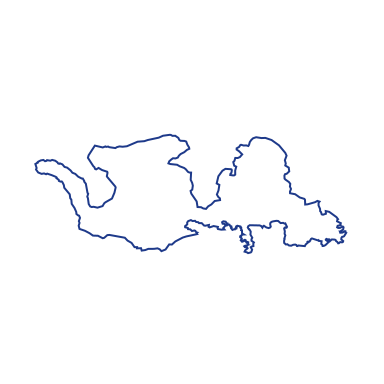 outline of Chato, Geita, United Republic of Tanzania, rotated 101°
{"feature_id": "72390352B63706364179884", "entity_name": "Chato", "entity_type": "district", "adm_level": 2, "iso_a3": "TZA", "parent_name": "United Republic of Tanzania", "parent_adm1": "Geita", "projection": "robinson", "projection_center": [31.727, -2.845], "detail": "fine", "context": "isolated", "style": "outline", "palette": "blue", "viewbox_px": 384, "rotation_deg": 101, "n_neighbors": 0, "source": "geoboundaries", "source_scale": "gbopen_adm2", "svg_char_len": 6044}
<svg xmlns="http://www.w3.org/2000/svg" viewBox="0 0 384 384"><g transform="rotate(101 192 192)"><path d="M235.6,301.3L236.6,299.5L236.8,298.3L238.8,297.0L242.2,297.5L243.8,296.5L246.7,296.8L249.7,295.4L250.5,289.7L252.0,284.7L253.7,280.9L252.9,276.0L254.4,270.8L253.7,269.4L250.5,266.9L249.9,264.9L249.7,249.2L252.0,246.0L253.5,241.6L257.1,237.9L256.6,235.4L257.8,235.3L256.9,231.3L259.1,230.2L257.9,226.8L256.2,224.1L255.0,218.3L253.9,215.1L254.4,212.8L255.9,210.7L253.5,207.0L247.8,204.4L247.4,201.7L243.7,198.9L238.5,192.4L236.7,189.1L232.3,178.8L231.2,179.7L230.8,179.3L230.7,180.2L229.5,181.3L229.3,182.3L230.3,184.6L229.0,186.5L229.2,188.8L228.1,189.2L227.9,192.0L226.9,192.3L224.7,190.5L222.8,190.9L221.3,190.2L219.8,187.7L220.4,185.9L219.7,183.5L220.6,182.3L220.5,180.0L221.2,179.2L220.7,176.5L222.6,173.8L222.6,172.6L221.1,169.1L223.0,169.1L223.4,168.0L221.3,164.3L221.3,159.9L222.7,160.0L223.4,159.5L223.4,156.1L222.6,153.0L221.4,154.4L218.1,152.5L217.1,154.3L217.3,155.9L215.9,156.7L214.8,155.7L214.7,153.3L216.2,151.8L216.1,150.1L216.3,151.3L217.2,152.3L217.7,152.2L218.2,151.4L217.4,150.8L216.9,149.0L218.7,147.5L218.3,146.8L219.5,146.2L220.2,146.6L221.5,145.1L220.5,143.5L220.5,142.8L219.2,142.4L219.7,142.1L219.4,141.4L218.2,141.4L218.2,142.1L217.4,142.1L216.5,141.1L216.6,137.8L218.2,136.4L217.7,137.1L218.0,137.5L219.0,136.4L220.1,136.5L220.2,135.6L224.2,134.7L223.3,134.4L223.8,133.0L224.1,134.2L226.1,136.2L227.0,136.2L228.1,134.3L230.2,134.9L231.2,133.2L230.9,132.7L230.1,132.7L229.7,132.6L229.6,132.2L230.7,132.6L230.5,132.1L228.9,131.1L228.8,130.1L228.3,129.9L230.1,130.3L230.5,129.5L230.4,127.4L230.7,129.3L231.4,128.7L230.8,127.2L233.0,126.7L233.5,128.0L233.5,127.4L234.2,128.4L234.7,128.3L234.5,129.5L235.3,130.4L236.0,129.6L235.8,127.3L236.7,126.7L239.0,128.6L240.5,129.0L240.8,126.4L241.3,125.3L240.1,122.8L239.4,122.3L237.1,122.0L235.0,123.8L234.3,123.3L233.4,121.4L230.9,122.0L229.7,121.6L228.5,124.3L227.0,124.6L225.4,124.1L222.7,126.5L219.7,126.8L217.9,128.3L217.1,129.3L217.9,128.5L217.9,128.9L216.2,130.5L214.9,130.3L213.6,129.0L211.9,119.2L212.2,117.6L213.6,116.1L211.8,115.5L211.4,115.0L212.6,112.3L212.8,109.9L211.9,108.5L211.0,108.1L208.6,109.2L207.3,109.1L206.2,108.3L205.4,106.9L204.2,103.7L204.0,101.9L205.6,99.1L204.9,96.6L205.4,95.1L205.0,94.4L208.1,92.1L209.0,92.4L209.2,92.9L208.9,93.4L209.3,94.2L210.2,94.6L212.8,93.4L215.4,93.1L216.7,92.1L220.3,92.5L220.5,92.1L222.3,92.3L224.4,91.8L225.6,89.8L225.1,88.4L226.0,86.6L225.8,84.4L224.5,82.6L223.9,80.6L224.1,79.5L225.0,78.7L224.9,78.0L224.2,77.4L223.6,70.9L221.8,70.4L218.7,67.9L218.9,69.0L219.7,69.6L219.0,69.2L218.5,68.7L218.5,67.5L218.1,67.1L215.4,66.2L214.7,65.4L215.5,58.9L215.2,58.6L215.8,58.2L215.6,55.4L218.3,55.2L219.1,53.9L220.1,53.5L219.8,52.4L218.7,50.9L215.0,48.3L213.6,51.4L213.1,51.6L212.4,51.1L212.6,50.1L212.2,47.3L212.8,48.6L213.6,48.8L214.1,48.7L214.3,47.5L211.9,45.7L211.5,42.8L211.7,41.9L212.7,41.2L213.3,39.8L214.5,38.7L214.2,38.0L212.9,37.0L212.8,35.1L212.2,34.3L211.3,34.2L210.1,36.4L208.7,36.6L207.4,36.1L206.8,34.7L206.2,34.2L202.8,32.9L202.7,33.5L201.3,33.8L201.2,34.4L203.1,36.5L203.7,38.7L202.8,39.2L202.9,38.1L202.2,37.9L201.8,38.3L200.0,36.5L197.7,36.5L197.1,37.4L199.0,39.9L199.4,41.6L199.0,42.8L197.4,42.6L196.1,39.7L195.1,40.2L194.2,40.0L193.1,44.0L191.3,44.0L190.8,43.5L189.1,45.4L185.3,53.5L185.2,57.1L187.8,56.4L189.3,59.1L189.2,60.4L187.0,61.6L186.4,62.5L184.1,63.1L181.1,65.2L178.5,65.7L177.1,65.0L176.8,67.2L178.5,69.2L182.0,76.1L182.7,78.5L178.1,79.6L177.3,80.4L176.8,85.2L174.5,90.3L174.5,95.5L173.0,95.9L170.1,95.4L168.0,96.9L165.2,97.1L163.7,98.8L162.0,102.6L161.2,103.7L160.4,103.9L158.3,104.4L156.8,104.1L156.0,102.5L153.2,100.5L149.6,101.7L148.2,105.5L146.1,105.4L143.1,106.9L138.3,106.1L135.8,107.9L129.6,115.5L125.8,123.8L124.9,130.3L125.8,134.1L126.0,139.5L127.6,142.3L129.7,143.8L132.0,144.8L134.8,145.0L136.1,145.5L135.9,147.6L136.5,150.1L136.3,152.9L136.8,153.6L138.7,154.3L140.6,156.5L141.8,156.3L143.0,153.6L145.5,149.9L148.6,151.7L149.9,153.6L150.3,156.0L153.4,156.3L154.7,157.2L158.1,155.6L158.7,153.4L162.7,153.7L166.7,152.9L167.6,153.7L167.9,154.9L168.0,157.7L166.7,157.7L165.7,157.0L163.4,157.0L162.4,157.4L162.2,158.0L162.9,163.6L165.3,166.2L171.5,169.1L178.9,169.4L179.8,166.5L185.4,166.3L189.7,167.1L191.8,165.3L192.9,163.4L194.6,162.9L196.5,168.0L200.5,170.6L203.0,173.4L205.9,175.0L206.0,177.8L205.2,180.2L205.7,183.7L200.4,185.6L193.7,192.4L191.2,193.6L189.6,192.2L185.6,192.4L183.0,193.6L180.3,195.6L173.1,196.6L173.4,198.2L173.0,199.8L170.8,202.5L169.9,204.3L169.1,209.0L168.1,211.8L168.7,218.6L168.4,220.6L166.2,220.2L164.1,218.6L162.5,217.1L162.2,214.6L160.9,212.5L158.9,211.8L156.9,210.4L154.4,207.2L151.6,205.0L150.1,202.9L148.8,203.4L146.4,205.6L143.6,207.3L143.3,209.0L143.9,213.1L143.2,214.5L141.5,215.7L140.0,219.2L140.6,221.9L140.0,223.7L140.1,224.7L142.3,231.2L145.0,235.0L149.4,245.3L151.2,248.5L153.0,255.0L159.5,264.6L160.8,268.7L161.1,271.9L162.3,274.3L163.5,275.6L163.8,281.9L163.4,282.9L164.1,284.9L163.8,285.7L165.3,288.1L165.0,296.2L175.7,300.5L178.3,300.7L185.5,293.8L186.3,292.5L187.8,291.6L188.1,290.4L186.2,288.3L187.6,284.5L188.3,279.1L189.3,278.6L192.8,278.6L193.4,278.1L201.3,268.3L202.2,267.8L207.5,268.0L213.7,269.3L218.6,275.0L219.8,276.0L222.9,277.1L225.4,281.8L225.3,285.8L225.9,287.6L225.6,289.2L223.5,291.1L217.9,293.0L216.6,293.9L213.5,293.6L212.8,294.4L204.1,297.8L202.4,299.8L201.7,299.9L199.6,301.8L199.8,302.8L198.7,306.6L196.5,310.0L195.9,313.1L194.0,315.3L191.9,319.2L191.7,321.9L189.6,324.5L189.1,327.1L189.7,327.7L189.5,328.9L188.6,329.7L187.4,332.2L187.2,335.4L188.3,337.0L188.4,340.4L189.1,340.7L189.8,342.1L188.9,344.0L189.8,346.4L191.6,348.8L192.6,349.5L192.8,349.2L194.4,351.1L198.1,349.1L199.7,349.4L202.2,346.7L202.9,343.1L202.0,340.8L202.4,338.6L201.6,337.7L202.2,333.0L203.1,328.6L203.6,327.6L204.3,327.7L205.4,325.2L206.5,324.8L206.9,323.1L206.5,321.9L207.3,320.9L209.7,319.1L212.2,318.2L217.6,311.6L221.4,310.3L222.5,309.0L226.6,307.8L230.1,304.3L233.7,301.8L235.6,301.3Z" fill="none" stroke="#1e3a8a" stroke-width="2"/></g></svg>